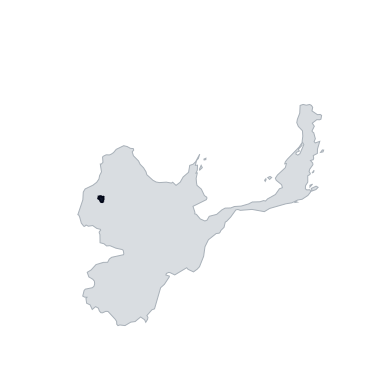 location of Phu Phan, Sakon Nakhon, Thailand, rotated 235°
{"feature_id": "78962969B29129628084941", "entity_name": "Phu Phan", "entity_type": "district", "adm_level": 2, "iso_a3": "THA", "parent_name": "Thailand", "parent_adm1": "Sakon Nakhon", "projection": "albers", "projection_center": [103.896, 16.916], "detail": "fine", "context": "in_parent", "style": "filled", "palette": "ink", "viewbox_px": 384, "rotation_deg": 235, "n_neighbors": 0, "source": "geoboundaries", "source_scale": "gbopen_adm2", "svg_char_len": 5215}
<svg xmlns="http://www.w3.org/2000/svg" viewBox="0 0 384 384"><g transform="rotate(235 192 192)"><path d="M165.7,44.1L166.0,45.6L167.5,43.7L169.4,42.8L173.2,47.1L173.6,48.9L170.7,55.6L171.1,57.9L172.9,59.8L175.0,60.9L177.3,60.7L181.6,58.8L186.3,60.1L186.0,64.6L187.6,71.8L185.2,79.0L182.8,82.6L184.5,85.8L184.6,88.7L179.9,100.0L180.8,100.9L183.7,102.2L184.9,101.8L189.7,97.4L195.1,94.0L196.8,91.1L200.1,90.2L203.2,87.6L210.0,92.2L211.9,92.6L212.7,93.4L213.1,95.3L213.9,95.6L216.8,93.1L221.5,91.4L223.4,87.5L225.7,86.3L225.4,84.4L226.1,83.7L230.0,83.5L235.9,85.6L238.0,86.0L238.9,85.5L248.2,98.1L254.3,102.9L255.8,106.2L254.4,114.7L254.6,119.5L256.0,123.2L258.5,125.8L260.4,129.4L267.5,132.9L266.9,133.8L267.4,136.1L271.8,138.7L272.2,139.6L271.7,143.0L269.7,145.7L269.3,147.8L269.3,150.4L270.4,154.4L269.1,162.6L266.5,164.9L263.1,166.6L261.2,168.8L259.8,168.3L259.1,166.0L255.3,164.8L248.1,166.0L244.5,165.4L239.6,166.2L234.9,165.9L232.1,164.9L224.1,166.7L220.8,168.3L218.4,170.7L214.8,176.6L211.1,180.3L211.1,181.8L206.6,182.7L206.8,187.9L209.4,193.4L210.1,200.5L215.1,205.4L214.1,208.9L214.7,212.3L218.6,220.1L215.8,216.4L215.2,213.8L211.9,210.0L210.8,211.9L206.9,208.9L205.2,206.0L204.6,207.3L200.8,203.2L196.8,200.9L194.6,199.9L189.0,201.3L182.0,200.1L179.2,201.1L178.1,200.4L177.5,199.2L179.7,184.6L173.6,182.7L172.6,181.7L171.2,182.8L165.2,183.3L160.9,185.9L160.3,188.1L162.2,192.2L159.5,199.4L160.2,206.2L159.8,209.9L156.7,214.6L155.8,218.4L152.3,224.1L149.8,231.4L149.2,235.7L145.0,242.1L143.9,245.7L142.4,247.1L143.0,250.0L142.1,258.9L144.5,265.5L143.7,268.5L146.6,269.6L153.3,267.7L155.5,268.2L156.9,271.8L158.4,282.4L161.2,285.7L161.9,284.1L163.2,285.8L164.2,289.0L167.4,305.7L169.2,310.1L167.1,308.9L166.0,303.7L164.0,303.4L164.7,300.1L163.5,298.9L161.5,299.8L161.5,302.4L166.7,310.8L170.1,311.1L174.2,314.8L178.8,317.6L184.7,316.7L188.7,317.6L191.0,319.9L194.8,325.5L200.9,330.2L200.0,333.2L197.5,335.5L196.2,338.6L194.4,339.5L192.1,339.4L189.6,336.8L183.4,339.1L182.0,341.5L180.4,342.1L177.7,339.4L178.0,337.9L179.7,335.7L179.4,330.0L175.7,329.9L173.3,325.5L172.5,325.1L170.7,325.7L164.9,323.6L163.2,320.9L161.5,321.1L160.2,325.7L155.2,319.4L151.7,316.8L152.3,312.2L149.9,311.1L148.9,309.8L149.9,307.1L146.5,307.5L145.0,306.7L143.2,301.6L141.6,299.6L139.4,299.6L138.7,298.6L138.9,296.1L133.7,292.5L132.0,288.5L129.6,286.7L127.9,287.2L126.2,289.9L125.0,289.7L123.9,288.9L122.7,284.9L122.9,278.0L124.8,274.0L125.9,267.5L128.5,262.1L134.0,246.2L134.4,240.0L143.3,231.2L149.3,221.0L151.3,219.6L152.2,217.7L149.3,209.3L148.1,203.5L148.3,202.0L144.7,198.0L143.9,193.5L143.0,192.1L142.7,190.6L144.1,188.0L143.5,178.1L139.7,171.2L132.7,164.7L126.5,155.3L125.8,152.0L125.7,147.4L130.9,144.4L133.0,144.2L134.0,130.3L138.5,127.8L139.5,126.7L140.0,124.3L139.0,123.0L136.1,125.2L135.5,124.7L132.2,116.4L131.6,111.4L117.8,94.3L118.5,91.5L116.7,84.2L114.6,84.0L113.2,82.6L111.8,79.4L114.6,79.9L119.1,78.2L118.5,71.1L120.5,67.2L121.0,60.5L124.5,56.6L125.0,54.7L126.8,54.5L129.2,56.0L131.8,56.1L142.3,54.7L143.7,52.9L144.4,49.3L145.5,48.1L147.8,47.9L150.5,48.7L153.4,47.3L153.0,42.9L158.0,43.8L161.3,41.9L165.7,44.1ZM126.5,291.8L125.6,297.0L123.5,298.0L122.9,294.9L124.2,290.1L124.8,291.3L126.5,291.8ZM160.4,262.3L160.0,264.8L158.2,265.6L157.8,262.8L160.4,262.3ZM206.4,211.2L208.6,214.8L206.0,214.4L205.5,210.9L206.4,211.2ZM150.8,323.9L149.7,322.3L150.7,320.0L151.7,322.9L150.8,323.9ZM129.9,292.5L129.3,295.3L128.4,291.4L129.9,292.5ZM160.5,260.1L159.6,259.8L158.7,258.1L160.0,258.2L160.5,260.1ZM138.7,301.2L139.8,304.5L138.5,303.0L138.7,301.2ZM212.1,220.6L211.7,222.8L210.6,221.9L211.3,220.3L212.1,220.6ZM124.5,271.7L123.3,272.5L124.3,270.5L124.5,271.7Z" fill="#d9dde1" stroke="#a8b0b8" stroke-width="1"/><path d="M239.0,116.9L238.9,116.7L239.0,116.6L239.1,116.4L239.1,116.2L239.3,116.2L239.5,116.1L239.6,115.9L239.6,115.7L239.7,115.8L239.8,115.8L239.9,115.7L240.0,115.6L240.3,115.4L240.6,115.4L240.8,115.3L240.9,115.1L241.0,115.0L241.0,114.9L241.2,114.7L241.3,114.7L241.4,114.4L241.6,114.2L241.8,113.7L241.9,113.4L241.7,113.4L241.5,113.2L241.4,113.2L241.5,113.1L241.4,113.1L241.5,113.0L241.5,112.9L241.5,112.7L241.4,112.7L241.5,112.7L241.5,112.4L241.4,112.4L241.4,112.2L241.2,112.0L241.1,111.9L240.9,111.6L240.8,111.4L240.7,111.3L240.6,111.2L240.4,111.2L240.3,111.3L240.2,111.3L239.9,111.4L239.8,111.5L239.7,111.7L239.7,111.8L239.6,111.7L239.4,111.7L239.2,111.7L239.1,111.8L238.9,111.9L238.7,111.9L238.7,112.0L238.4,112.1L238.2,112.0L238.0,111.9L237.9,111.8L237.8,111.7L237.7,111.6L237.3,111.6L237.2,111.6L236.8,111.6L236.6,111.5L236.4,111.5L236.2,111.5L235.9,111.7L235.8,111.8L235.7,111.8L235.5,112.0L235.4,112.1L235.5,112.2L235.4,112.3L235.3,112.5L235.2,112.7L235.1,112.8L235.1,112.7L235.1,112.8L234.9,112.9L234.9,113.0L235.0,112.9L235.2,113.0L235.3,113.1L235.7,113.2L235.7,113.3L235.6,113.5L235.6,113.8L235.6,114.0L235.7,114.3L235.8,114.3L235.9,114.5L236.0,114.7L236.1,114.8L236.1,114.7L236.2,114.8L236.3,114.9L236.5,114.9L236.5,115.0L236.7,115.3L236.7,115.5L236.8,115.5L237.0,115.7L237.2,115.8L237.3,115.8L237.5,115.8L237.5,116.1L237.8,116.2L237.9,116.3L238.0,116.3L238.2,116.5L238.3,116.6L238.5,116.7L238.7,116.8L238.7,117.0L238.8,117.0L239.0,116.9Z" fill="#0f172a" stroke="#020617" stroke-width="1.5"/></g></svg>